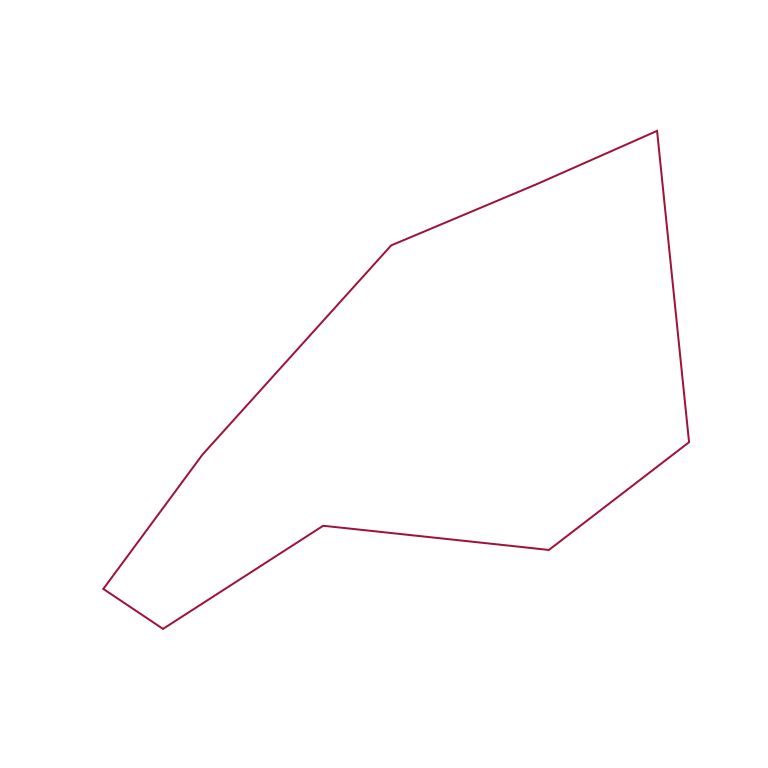 the border of Kwun Tong, rotated 81°
{"feature_id": "HKG-5161", "entity_name": "Kwun Tong", "entity_type": "state/province", "adm_level": 1, "iso_a3": "HKG", "parent_name": "Hong Kong S.A.R.", "parent_adm1": "", "projection": "mercator", "projection_center": [114.229, 22.308], "detail": "fine", "context": "isolated", "style": "outline", "palette": "rose", "viewbox_px": 768, "rotation_deg": 81, "n_neighbors": 0, "source": "natural_earth", "source_scale": "10m", "svg_char_len": 283}
<svg xmlns="http://www.w3.org/2000/svg" viewBox="0 0 768 768"><g transform="rotate(81 384 384)"><path d="M591.3,640.6L542.5,693.3L425.3,574.3L248.2,355.2L210.4,201.5L176.7,74.7L489.2,91.8L573.7,247.1L514.5,466.3L591.3,640.6Z" fill="none" stroke="#9f1239" stroke-width="2"/></g></svg>